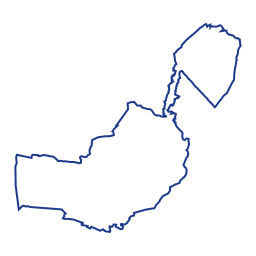 the district of San Simón Almolongas, Oaxaca, Mexico
{"feature_id": "50627088B54769814665330", "entity_name": "San Simón Almolongas", "entity_type": "district", "adm_level": 2, "iso_a3": "MEX", "parent_name": "Mexico", "parent_adm1": "Oaxaca", "projection": "mercator", "projection_center": [-96.713, 16.412], "detail": "fine", "context": "isolated", "style": "outline", "palette": "blue", "viewbox_px": 256, "rotation_deg": 0, "n_neighbors": 0, "source": "geoboundaries", "source_scale": "gbopen_adm2", "svg_char_len": 5794}
<svg xmlns="http://www.w3.org/2000/svg" viewBox="0 0 256 256"><path d="M16.8,154.8L16.3,156.8L16.1,157.6L16.3,158.9L16.3,160.1L16.6,161.7L16.7,163.1L15.4,166.4L15.7,185.8L18.8,209.5L22.1,206.3L23.5,205.7L25.6,206.5L27.2,206.2L31.3,207.1L61.6,209.4L65.6,213.5L64.7,214.0L64.1,215.3L64.3,216.3L62.9,218.2L64.2,218.9L68.3,218.9L73.9,219.6L81.7,222.6L83.6,222.9L81.6,223.3L81.8,225.0L87.6,226.0L87.2,227.1L90.2,228.5L91.3,226.8L98.8,230.1L100.2,230.7L103.2,229.4L104.0,230.3L104.5,230.2L104.8,230.5L105.0,231.1L105.7,231.4L108.2,231.7L109.0,231.5L109.5,231.9L110.0,231.9L110.2,231.3L110.2,230.2L110.0,228.9L109.5,227.6L109.8,226.3L111.9,226.9L113.5,224.9L113.6,224.5L116.2,224.7L115.7,226.2L115.7,226.6L116.3,227.1L118.3,227.9L120.3,229.1L122.1,229.0L122.5,228.5L123.0,227.4L123.1,226.8L122.1,225.8L121.0,225.2L120.9,225.0L121.0,224.4L121.2,224.0L122.0,224.0L122.3,224.0L122.5,224.2L123.6,224.5L124.6,224.4L125.6,224.0L127.0,223.0L127.8,221.7L129.5,219.5L129.3,218.9L129.6,218.9L129.8,217.6L130.8,216.4L133.3,215.6L133.9,215.6L134.3,213.8L134.1,212.9L145.9,209.6L154.4,208.2L154.9,207.5L156.1,205.0L158.8,202.2L159.6,201.2L160.3,199.5L161.7,197.7L162.8,196.0L164.3,195.5L165.8,194.6L168.0,193.5L169.0,192.2L169.9,190.8L170.0,187.1L172.9,186.0L174.2,184.9L176.8,184.0L179.5,182.9L180.0,181.0L182.7,178.3L184.8,176.5L185.9,174.4L186.6,172.2L186.5,169.8L186.0,168.1L185.0,167.3L184.4,166.5L183.6,165.2L183.5,164.4L184.4,162.9L185.1,160.9L186.7,157.3L187.8,156.4L188.0,155.2L188.1,153.3L187.9,152.1L187.5,151.2L186.5,150.3L187.8,148.4L188.2,147.5L188.6,145.6L188.9,144.8L189.0,143.9L188.8,143.1L188.8,142.0L188.4,141.2L188.6,138.9L186.7,138.5L184.7,140.1L183.3,139.5L182.3,137.4L182.5,133.1L181.8,132.0L180.1,130.4L176.8,126.7L174.4,121.8L174.9,121.9L174.4,121.3L174.5,121.1L173.4,120.6L173.7,120.2L173.6,119.7L173.6,119.1L174.3,119.0L175.4,118.7L175.4,118.3L175.0,117.3L175.0,117.0L175.8,115.0L175.8,114.5L175.7,113.7L174.4,113.6L173.9,113.0L173.3,112.9L172.4,113.4L171.2,113.7L171.7,112.9L171.9,111.7L168.6,111.7L168.3,111.5L168.0,110.5L167.6,110.2L167.8,110.1L167.8,109.9L168.1,109.4L168.8,108.7L169.5,107.2L169.3,107.0L170.6,105.0L170.9,104.8L172.0,105.6L172.4,105.7L173.2,105.3L172.9,104.3L173.7,103.9L174.4,102.5L174.4,101.2L174.9,100.6L175.0,100.2L174.5,99.5L174.5,99.3L176.0,98.6L176.5,98.2L178.1,97.5L178.3,97.8L179.3,96.4L175.0,94.5L175.7,91.7L175.1,91.0L175.8,90.1L175.9,89.4L176.2,88.4L176.1,87.1L176.7,86.2L176.6,85.1L177.1,84.8L177.3,84.2L177.2,83.6L177.2,83.3L178.2,82.5L178.5,81.6L178.5,81.1L178.1,80.3L178.1,80.1L179.0,79.1L179.2,78.4L180.1,78.1L179.8,76.9L179.3,74.0L179.6,72.6L179.9,71.9L180.6,71.4L181.4,71.0L182.3,71.2L184.4,74.3L186.1,75.6L187.8,78.0L188.7,78.9L190.9,81.0L191.5,81.6L194.7,85.7L196.5,87.6L197.0,87.9L201.9,93.2L202.8,93.9L202.9,94.2L204.5,95.9L207.1,98.5L208.2,100.1L210.2,102.2L211.4,103.2L213.9,106.3L214.8,107.2L216.8,104.9L218.1,103.0L222.3,97.8L222.5,97.3L223.5,95.9L226.8,93.2L232.1,82.9L233.1,81.2L234.1,79.8L234.2,74.7L235.2,67.4L235.7,65.1L236.1,62.2L236.4,60.9L236.8,60.1L236.4,59.1L236.5,56.9L237.8,53.9L238.1,50.1L239.1,48.0L240.6,45.7L240.6,45.4L240.2,44.5L240.1,43.1L240.1,42.3L239.7,40.7L239.9,40.6L239.8,39.5L239.6,39.5L239.3,39.1L237.5,38.1L237.0,38.4L235.6,38.0L234.9,37.5L233.3,35.7L230.7,34.8L230.4,34.9L229.6,34.7L228.9,34.6L228.5,34.1L227.5,33.5L227.0,33.0L226.5,31.7L226.5,30.8L225.9,30.6L224.8,30.6L221.3,31.1L222.1,30.4L223.5,29.8L223.7,29.3L221.6,26.2L219.9,25.2L216.9,26.6L212.4,26.5L211.2,26.2L210.4,27.3L210.4,24.6L209.0,25.2L207.2,26.6L206.9,25.5L206.2,24.1L205.5,24.5L205.1,24.4L204.4,25.0L203.6,25.4L202.3,26.6L199.9,28.1L195.3,32.5L186.9,39.5L182.2,44.6L181.7,45.8L181.4,47.2L177.9,49.6L177.5,50.2L176.5,51.1L175.7,52.6L174.0,53.8L174.7,57.3L174.8,58.8L174.8,59.2L175.1,60.9L176.0,63.4L176.4,64.0L175.7,64.5L175.2,65.0L174.7,65.7L174.4,66.6L173.1,68.8L173.8,69.4L173.8,70.2L173.6,70.5L174.8,70.6L175.8,71.1L175.5,71.7L175.1,72.0L175.2,73.5L174.6,73.9L174.5,74.9L173.8,75.8L173.0,75.0L172.4,75.7L172.2,76.3L171.4,77.3L171.4,77.6L172.2,78.5L171.6,80.1L171.7,80.4L172.6,80.5L172.5,81.2L172.9,81.5L172.5,81.6L172.0,82.6L171.4,82.4L170.3,83.8L170.0,83.9L169.3,84.9L168.6,85.4L168.3,85.9L169.0,86.7L169.1,86.9L168.9,87.5L169.2,87.8L169.2,88.2L169.2,88.7L169.0,88.9L168.8,89.3L169.0,89.5L169.2,90.0L168.5,91.4L168.4,92.2L168.6,92.6L168.4,93.2L167.1,94.8L166.6,96.9L166.3,98.2L165.8,99.7L165.9,100.1L165.8,100.6L164.4,101.6L164.2,101.8L165.0,103.0L164.9,103.3L165.3,103.6L164.4,106.6L164.6,108.2L163.1,109.2L163.6,109.7L163.6,110.7L163.2,112.2L163.8,113.1L163.7,113.1L163.7,114.4L163.4,114.5L163.6,115.7L164.5,115.5L165.8,115.9L166.3,117.2L165.8,116.7L165.2,116.5L164.4,116.6L162.1,116.6L161.0,116.3L159.8,115.7L158.8,115.4L156.4,115.5L154.7,114.5L154.0,113.7L151.8,110.5L151.0,109.7L149.8,109.2L148.7,109.2L147.2,108.9L145.2,108.3L142.6,107.7L142.2,107.4L140.7,105.5L138.5,105.7L137.2,105.5L134.3,102.1L134.1,102.3L132.6,102.0L130.8,102.2L127.8,103.2L127.6,104.3L127.9,106.5L128.0,109.3L116.3,125.6L117.4,125.7L115.8,127.3L114.0,129.0L113.3,129.9L112.9,131.1L112.6,131.4L112.9,131.5L113.1,131.7L113.7,133.5L113.8,135.1L113.0,135.4L109.5,136.2L104.9,136.3L98.3,137.2L92.2,140.0L92.2,141.2L91.8,142.3L91.7,145.6L91.3,146.3L90.4,147.2L90.2,147.8L90.2,149.2L89.6,149.8L89.6,151.2L89.7,152.3L90.1,153.4L89.7,154.2L87.9,155.2L87.2,155.9L86.9,156.6L86.1,156.9L84.7,157.2L82.3,156.4L80.8,156.4L80.0,157.2L80.3,158.6L81.0,159.6L81.0,162.2L80.8,162.8L80.2,163.1L79.3,163.3L77.6,162.7L75.2,162.4L74.0,162.0L70.3,162.0L65.5,161.3L63.7,161.4L62.1,161.1L61.3,160.8L59.2,161.1L58.1,161.0L56.4,159.2L54.5,157.6L52.9,156.6L51.8,156.4L50.1,156.4L47.6,155.6L46.5,155.5L44.4,155.1L43.5,155.1L41.7,155.4L40.3,156.0L39.5,156.1L38.2,156.0L37.9,155.5L38.0,155.1L32.6,154.8L31.9,155.5L31.5,157.9L16.8,154.8Z" fill="none" stroke="#1e3a8a" stroke-width="2"/></svg>